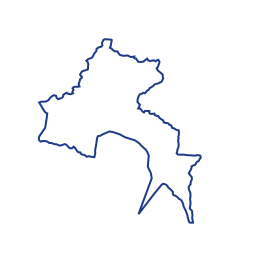 outline of Barra Mansa, Rio de Janeiro, Brazil, rotated 109°
{"feature_id": "56859067B22264554579489", "entity_name": "Barra Mansa", "entity_type": "district", "adm_level": 2, "iso_a3": "BRA", "parent_name": "Brazil", "parent_adm1": "Rio de Janeiro", "projection": "orthographic", "projection_center": [-44.185, -22.485], "detail": "fine", "context": "isolated", "style": "outline", "palette": "blue", "viewbox_px": 256, "rotation_deg": 109, "n_neighbors": 0, "source": "geoboundaries", "source_scale": "gbopen_adm2", "svg_char_len": 4024}
<svg xmlns="http://www.w3.org/2000/svg" viewBox="0 0 256 256"><g transform="rotate(109 128 128)"><path d="M196.3,35.7L194.3,36.8L192.3,38.0L190.9,38.3L189.0,38.8L187.7,39.7L186.4,39.9L185.1,41.1L184.2,43.3L182.6,43.6L180.5,44.0L178.9,44.4L177.6,44.8L175.8,45.8L174.2,46.4L172.7,46.5L170.9,47.2L169.2,47.8L167.6,49.3L165.9,50.6L164.1,51.4L162.4,51.2L160.9,50.5L159.4,50.9L158.0,51.2L156.6,50.9L154.8,51.2L153.5,51.9L152.8,53.2L151.9,54.6L150.9,55.8L148.7,55.4L146.5,55.0L144.9,55.0L143.6,55.4L142.3,54.2L140.9,52.5L139.0,52.2L137.5,51.7L136.1,50.4L133.9,50.1L132.5,49.5L130.7,50.5L130.7,52.4L131.3,54.0L132.2,55.5L132.9,57.8L133.3,59.5L133.8,61.0L134.2,62.7L134.7,64.3L134.9,66.3L135.7,68.4L136.3,70.2L136.8,72.3L136.1,73.8L134.1,73.8L132.4,74.3L130.4,74.0L128.4,74.3L126.5,75.0L124.6,75.9L123.2,76.7L121.5,76.7L120.0,77.6L118.5,77.6L116.9,78.1L115.5,78.3L113.6,79.5L114.0,80.8L113.9,82.3L113.3,84.4L113.6,86.0L112.6,87.0L111.4,88.2L111.4,90.0L110.5,91.5L110.7,93.1L111.1,94.5L111.0,96.1L109.4,97.0L109.0,99.1L108.2,101.5L106.8,103.3L107.2,104.9L107.1,106.9L105.8,107.7L106.6,109.4L107.4,111.5L106.6,112.9L105.0,113.4L105.7,115.7L106.4,117.5L108.1,117.9L107.7,119.6L106.4,121.6L105.7,122.9L106.2,124.7L104.2,124.4L102.0,124.4L101.2,126.0L100.3,127.5L97.9,128.2L95.7,128.3L94.2,128.2L92.2,127.7L91.0,125.9L89.8,125.2L89.6,123.3L88.2,122.6L86.5,122.1L85.1,120.8L83.4,120.6L81.9,119.3L79.9,117.7L78.4,117.2L77.1,115.6L75.8,113.7L74.6,112.7L73.7,111.5L71.6,111.1L69.9,110.8L68.7,111.6L67.2,112.1L66.0,112.9L65.4,114.6L64.8,116.1L63.9,118.5L62.2,120.4L60.6,119.6L58.6,119.7L57.1,119.5L55.2,119.8L53.7,121.5L54.5,122.7L55.9,123.5L55.6,125.2L56.3,127.0L57.2,128.2L57.5,129.5L57.4,131.1L56.2,132.5L58.0,133.7L59.2,134.4L60.4,135.3L61.1,136.7L61.5,138.1L62.1,139.8L60.8,141.7L59.7,143.1L59.9,144.7L58.3,145.3L59.3,147.0L60.0,148.6L59.6,151.1L59.8,152.8L61.0,155.0L61.5,157.6L61.4,159.8L60.3,161.4L59.0,163.0L59.8,165.3L59.2,167.7L58.2,169.5L58.0,171.3L55.6,171.1L53.4,171.6L51.6,171.6L50.0,172.2L50.3,174.1L50.7,175.6L51.1,177.1L51.7,178.9L52.9,180.0L54.3,180.0L55.7,180.4L58.0,179.2L59.8,179.7L61.1,181.6L62.0,182.6L63.8,183.5L65.6,183.0L67.4,183.7L69.4,184.3L71.5,184.5L73.3,185.0L75.0,187.1L76.4,188.5L77.9,189.3L78.6,187.7L80.4,186.4L83.7,185.6L85.6,185.0L87.0,186.7L88.2,188.4L89.1,189.6L90.7,190.3L93.1,190.7L94.1,189.6L94.6,188.2L95.9,188.2L97.4,189.2L100.0,188.9L101.9,189.1L103.3,188.4L104.5,187.4L105.3,188.7L105.8,190.5L106.8,192.5L108.5,193.4L109.5,192.0L112.2,192.4L113.1,191.3L114.7,193.0L115.2,195.6L114.6,197.5L117.7,200.0L119.2,199.6L120.9,200.2L122.4,202.0L123.5,203.5L122.8,205.3L121.0,206.5L121.1,208.7L122.7,210.2L124.3,211.1L125.6,211.7L127.5,212.2L129.4,213.9L130.1,215.1L130.7,216.7L131.3,218.5L132.8,220.3L139.5,212.3L140.4,210.5L140.5,209.1L146.6,207.8L154.8,206.4L164.9,209.2L167.4,208.8L168.6,207.8L169.3,206.1L168.3,204.7L167.7,203.3L167.3,201.8L167.1,199.8L167.8,197.7L167.1,195.5L167.2,193.3L167.1,191.6L166.6,190.0L167.0,187.3L166.2,185.6L165.0,184.1L163.7,182.3L164.1,180.4L165.4,178.1L166.1,176.0L165.3,174.3L163.4,173.4L164.1,171.5L165.3,170.0L166.4,168.7L167.0,167.1L166.6,165.0L167.7,164.3L168.1,162.5L167.6,160.8L168.0,159.4L168.6,157.5L167.4,156.1L167.2,153.3L166.8,151.8L166.5,150.3L162.5,150.7L160.8,151.5L159.3,151.9L155.2,152.5L153.0,152.9L151.4,153.2L149.8,153.6L148.4,153.7L146.8,154.0L145.4,153.7L144.4,151.7L142.4,150.1L139.7,147.1L137.3,144.4L136.7,140.5L136.7,136.2L136.7,133.4L137.1,131.5L137.4,129.5L137.7,127.3L137.6,123.9L137.4,117.4L138.9,112.1L139.8,110.8L143.0,103.6L144.9,101.5L147.5,99.3L149.0,99.0L154.9,97.5L158.0,96.7L159.8,95.1L162.6,92.2L164.5,91.0L167.8,89.2L201.9,89.9L206.0,90.0L181.9,81.9L170.6,77.7L169.3,76.6L169.1,74.8L169.4,73.0L170.1,71.7L171.2,70.5L171.8,68.7L172.8,66.6L173.9,64.6L175.6,64.2L176.7,63.1L176.6,61.0L177.2,58.9L178.3,57.0L178.6,55.2L179.2,53.7L180.3,52.6L181.7,51.3L184.2,49.8L186.1,47.8L188.0,45.9L189.5,44.8L191.5,43.2L193.1,42.4L194.7,41.2L196.1,40.4L197.3,39.0L197.0,37.5L196.3,35.7Z" fill="none" stroke="#1e3a8a" stroke-width="2"/></g></svg>